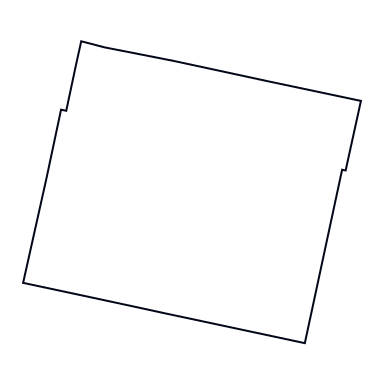 the district of Allen, Kansas, United States of America, rotated 192°
{"feature_id": "52423323B72287121319194", "entity_name": "Allen", "entity_type": "district", "adm_level": 2, "iso_a3": "USA", "parent_name": "United States of America", "parent_adm1": "Kansas", "projection": "natural_earth1", "projection_center": [-95.246, 37.885], "detail": "fine", "context": "isolated", "style": "outline", "palette": "ink", "viewbox_px": 384, "rotation_deg": 192, "n_neighbors": 0, "source": "geoboundaries", "source_scale": "gbopen_adm2", "svg_char_len": 350}
<svg xmlns="http://www.w3.org/2000/svg" viewBox="0 0 384 384"><g transform="rotate(192 192 192)"><path d="M331.7,316.4L331.9,292.9L331.9,245.3L337.2,245.3L337.2,174.5L338.3,68.0L242.3,67.9L193.8,67.7L50.2,67.6L49.8,245.0L46.2,245.0L45.7,316.2L141.6,316.1L236.4,316.4L307.6,315.3L331.7,316.4Z" fill="none" stroke="#020617" stroke-width="2"/></g></svg>